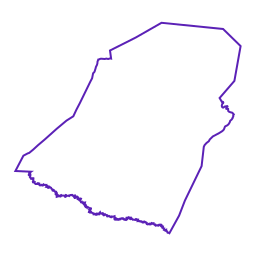 Javxlant, Selenge, Mongolia
{"feature_id": "93677404B94192220818262", "entity_name": "Javxlant", "entity_type": "district", "adm_level": 2, "iso_a3": "MNG", "parent_name": "Mongolia", "parent_adm1": "Selenge", "projection": "robinson", "projection_center": [106.265, 49.737], "detail": "fine", "context": "isolated", "style": "outline", "palette": "violet", "viewbox_px": 256, "rotation_deg": 0, "n_neighbors": 0, "source": "geoboundaries", "source_scale": "gbopen_adm2", "svg_char_len": 5795}
<svg xmlns="http://www.w3.org/2000/svg" viewBox="0 0 256 256"><path d="M161.5,22.8L135.8,37.5L110.0,50.5L111.1,58.6L110.1,58.4L108.2,59.0L106.3,58.6L104.8,59.0L101.0,58.7L99.8,59.0L99.2,59.4L98.3,59.5L97.5,61.7L97.4,63.3L97.0,64.8L95.9,67.0L95.6,68.3L94.6,71.5L94.2,72.2L93.1,73.3L92.1,78.3L90.4,81.5L79.8,103.2L76.4,109.7L73.3,116.3L66.5,120.6L56.8,128.7L44.5,139.7L38.1,145.1L33.2,149.6L29.2,152.9L27.7,153.4L23.4,155.7L15.4,171.0L30.9,171.7L30.6,171.9L30.3,172.9L29.2,173.2L29.2,173.6L30.0,173.7L30.1,174.0L29.1,174.3L28.8,174.5L28.8,175.1L29.3,175.5L29.8,175.2L30.4,175.3L30.1,176.7L30.3,177.2L30.1,177.5L30.6,177.8L31.1,178.9L31.5,178.9L31.6,178.3L32.3,178.5L33.0,178.1L33.4,178.3L32.9,179.3L33.5,180.1L33.2,180.8L33.7,181.5L32.9,181.8L33.0,182.3L33.6,182.4L34.3,182.1L34.7,182.1L34.5,182.9L35.1,183.6L35.6,184.0L37.5,184.0L37.6,183.7L37.6,183.2L38.0,183.1L38.7,183.5L39.3,183.5L39.4,183.9L39.1,184.0L39.0,184.4L39.7,185.3L40.0,185.4L41.1,185.3L41.4,184.9L42.4,185.5L42.9,185.5L43.1,185.2L43.1,184.6L43.5,184.3L44.2,185.0L45.2,184.8L45.9,185.2L46.5,185.0L46.6,185.5L47.2,185.8L47.0,186.1L46.9,186.4L46.4,186.6L46.2,186.9L47.3,187.1L48.1,187.9L48.7,187.9L48.8,187.5L48.1,186.6L49.4,186.6L49.8,187.1L51.1,187.8L51.3,188.5L51.5,188.8L53.1,189.7L52.4,190.1L52.6,190.6L53.0,190.7L53.5,190.5L53.8,190.9L54.7,191.1L55.0,191.8L56.1,191.8L56.1,192.1L56.9,193.1L56.8,193.3L55.6,193.8L55.6,194.3L56.0,194.6L56.9,194.4L57.7,194.9L57.5,195.5L56.7,196.0L56.7,196.8L58.1,196.4L58.9,195.9L59.3,196.3L59.9,196.3L60.6,196.5L60.9,196.2L60.8,195.8L60.1,195.6L61.2,195.0L62.0,195.6L64.7,195.6L64.9,196.7L65.3,196.9L65.8,196.6L65.6,196.0L66.0,195.6L65.7,195.2L65.8,195.0L66.2,195.1L66.4,195.7L66.6,195.8L68.1,195.8L68.5,195.6L69.2,196.1L69.5,195.9L69.5,195.4L70.5,195.0L72.3,194.9L72.5,195.1L72.3,195.5L73.4,196.1L74.5,195.5L75.0,195.4L75.1,195.7L74.1,196.3L73.9,196.5L73.9,196.8L74.7,198.0L75.0,198.0L75.6,197.7L75.2,197.0L75.3,196.7L75.6,196.7L75.8,197.4L76.2,197.5L76.5,197.4L76.6,196.5L77.1,196.5L78.1,197.4L78.2,197.6L77.7,198.0L77.6,199.1L77.9,199.2L78.7,198.8L79.3,198.9L80.4,198.5L81.0,198.7L80.8,199.2L80.1,199.6L79.5,200.4L80.7,201.2L81.0,202.3L81.5,202.4L82.0,202.0L82.3,202.8L83.2,203.4L83.5,203.2L83.3,202.5L83.6,202.4L84.0,202.9L85.0,202.6L84.8,203.6L84.1,203.6L84.4,204.2L84.1,204.6L85.2,205.3L85.4,205.2L85.4,204.8L85.7,204.8L86.1,205.8L85.1,205.8L85.0,206.1L85.7,207.1L85.9,207.2L86.5,206.7L87.0,206.7L87.4,207.0L87.2,207.5L87.3,207.8L88.3,207.3L89.8,208.4L90.5,208.2L91.0,208.4L91.0,208.7L90.3,208.8L90.4,209.4L90.3,209.6L89.3,209.9L90.5,211.1L89.0,211.7L88.9,212.1L89.6,212.3L90.5,211.9L90.7,212.1L90.5,212.6L91.8,212.7L93.6,213.4L93.4,213.9L93.5,214.3L93.8,214.3L94.2,213.8L95.1,214.0L95.4,214.2L95.3,214.5L95.5,214.7L96.7,214.8L97.0,214.6L96.9,214.4L96.1,213.9L96.3,213.6L96.7,213.5L98.1,213.7L98.9,214.4L99.2,214.4L99.4,214.3L99.5,214.0L99.3,213.1L100.1,212.2L100.6,213.4L102.0,213.8L102.4,213.1L102.6,213.1L102.8,213.4L102.6,214.1L102.9,214.3L103.3,214.2L103.5,213.8L103.9,214.2L103.8,214.4L103.2,214.8L103.6,215.3L104.3,215.2L105.1,214.3L105.6,214.8L107.2,215.2L107.3,215.6L107.0,216.1L107.2,216.4L108.0,216.4L109.0,215.9L109.3,216.0L110.0,216.4L110.1,216.9L111.2,217.3L111.6,217.1L111.5,216.5L111.7,216.4L113.0,216.7L114.5,216.2L114.5,216.8L115.5,218.1L115.3,218.4L114.6,218.3L114.6,219.4L115.1,219.7L116.3,219.7L116.3,219.4L115.7,219.1L116.1,219.0L116.3,218.6L116.7,219.0L117.6,219.2L117.2,219.4L117.2,219.7L118.7,219.8L118.9,219.7L118.6,219.2L119.5,219.4L119.5,218.9L120.0,218.7L120.7,219.0L121.0,218.5L121.4,218.3L122.2,218.7L122.7,218.6L123.1,217.5L123.1,218.5L123.7,218.8L123.4,219.1L124.1,219.4L125.1,219.2L125.2,219.3L124.9,219.8L126.1,220.0L126.3,219.8L126.3,219.4L127.1,219.3L127.1,219.1L126.7,218.7L127.1,218.4L127.2,218.1L126.9,217.7L127.5,217.6L128.1,218.1L129.0,218.2L129.4,217.9L129.1,217.5L129.1,217.4L129.9,217.7L131.0,217.6L131.2,218.0L130.5,218.0L130.6,218.5L130.2,219.0L130.6,219.2L131.9,218.8L132.0,219.1L132.5,219.2L132.8,219.7L133.4,219.6L135.4,220.0L135.9,219.8L135.8,219.1L136.0,219.0L137.1,219.4L137.2,219.7L136.9,219.9L137.1,220.2L137.6,220.3L138.1,220.0L138.1,220.4L137.5,220.8L137.5,221.1L138.4,220.9L138.9,221.2L139.4,221.0L140.2,221.6L140.6,221.6L140.7,221.2L141.1,221.2L141.9,221.6L142.2,222.3L142.6,222.5L142.9,222.5L143.0,222.1L143.6,222.3L143.8,222.1L143.6,221.7L144.4,221.5L144.9,221.8L145.0,222.2L145.6,222.1L146.6,222.7L146.3,223.2L146.8,224.1L147.6,224.4L148.2,224.3L148.5,223.9L149.0,223.9L149.6,224.4L150.7,224.4L150.9,224.1L150.7,223.7L151.8,223.8L151.8,223.6L151.4,223.3L151.6,223.0L152.2,223.2L152.5,223.5L152.8,223.3L153.6,223.2L153.7,224.0L154.4,224.7L155.1,224.4L155.3,224.5L155.2,225.0L155.5,225.5L155.9,225.2L156.5,225.5L157.4,225.2L158.1,225.7L158.3,225.5L158.3,225.2L159.0,224.7L161.0,224.6L161.5,224.9L162.1,226.1L162.9,226.4L162.8,226.6L161.5,226.6L162.2,227.2L162.3,227.6L163.0,227.5L163.1,228.2L163.3,228.5L164.1,228.5L164.0,228.9L164.4,229.3L164.1,229.9L165.4,230.2L166.2,229.8L166.2,230.0L165.5,230.5L165.5,230.8L166.4,230.9L166.9,231.1L167.5,232.6L167.9,232.8L168.5,232.6L169.4,233.2L179.1,215.6L184.9,200.6L201.6,166.1L203.8,146.8L204.6,145.1L206.5,143.0L208.7,141.3L209.2,140.6L209.7,139.5L212.9,136.4L219.1,133.1L222.0,131.3L223.4,130.1L224.0,129.2L224.9,126.8L225.3,126.3L227.2,125.4L228.5,124.3L229.7,122.4L230.2,120.8L231.6,119.6L232.6,118.2L232.6,117.6L233.2,116.7L233.3,116.2L233.2,115.1L233.8,114.5L233.3,113.7L232.0,112.6L230.5,112.3L229.0,111.7L228.2,110.9L228.1,109.0L226.5,108.9L226.2,108.7L226.3,107.8L226.5,107.4L227.5,106.7L227.5,106.4L227.2,106.1L224.5,106.6L223.9,107.2L223.2,107.6L222.7,107.5L222.2,107.1L221.9,106.5L221.8,105.6L222.2,104.0L223.1,103.2L223.3,102.6L223.1,102.0L222.5,101.7L221.9,101.9L219.6,98.0L234.4,80.9L240.6,46.1L223.1,29.0L161.5,22.8Z" fill="none" stroke="#5b21b6" stroke-width="2"/></svg>